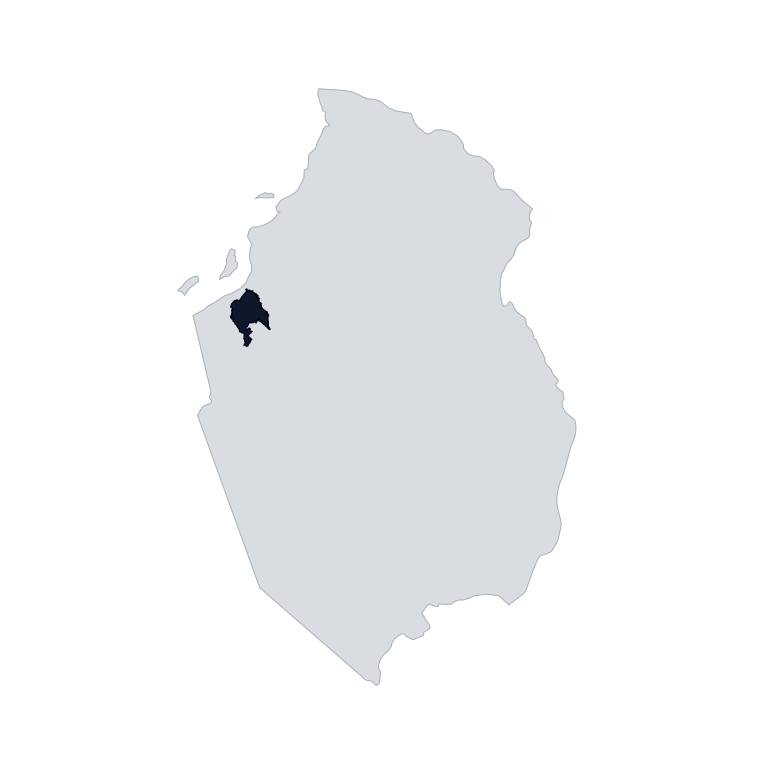 location of Handeni, Tanga, United Republic of Tanzania, rotated 221°
{"feature_id": "72390352B54290670955979", "entity_name": "Handeni", "entity_type": "district", "adm_level": 2, "iso_a3": "TZA", "parent_name": "United Republic of Tanzania", "parent_adm1": "Tanga", "projection": "mercator", "projection_center": [38.284, -5.494], "detail": "fine", "context": "in_parent", "style": "filled", "palette": "ink", "viewbox_px": 768, "rotation_deg": 221, "n_neighbors": 0, "source": "geoboundaries", "source_scale": "gbopen_adm2", "svg_char_len": 8840}
<svg xmlns="http://www.w3.org/2000/svg" viewBox="0 0 768 768"><g transform="rotate(221 384 384)"><path d="M297.9,517.2L290.8,513.4L284.3,511.1L279.0,508.6L276.7,506.1L271.7,505.1L267.4,504.7L263.5,502.4L255.3,501.5L254.4,500.0L254.3,496.6L252.8,495.7L249.9,494.8L246.7,494.9L244.7,495.4L243.6,495.1L240.9,493.1L238.4,490.6L237.5,486.5L233.8,483.9L229.5,481.8L217.5,482.0L215.6,481.4L212.8,479.3L209.5,475.9L206.8,472.1L204.4,466.8L202.0,459.7L188.3,431.3L186.9,426.0L184.2,420.0L179.8,412.7L175.2,407.3L168.9,402.4L161.8,397.5L157.9,394.2L150.5,380.9L149.0,374.7L147.9,368.3L148.4,365.7L153.0,357.3L153.4,355.0L152.9,351.9L150.6,345.2L147.7,337.2L141.9,322.6L141.1,318.9L141.2,316.2L144.6,301.3L144.5,299.3L158.3,299.5L168.3,293.0L177.0,283.3L178.7,279.3L182.3,273.1L185.8,270.0L187.1,267.8L189.1,261.6L193.7,257.4L198.1,254.2L197.2,251.9L197.9,251.1L200.3,249.4L205.0,247.9L206.0,244.7L205.9,241.0L205.2,238.9L205.3,236.6L204.6,235.2L201.5,234.9L196.9,233.1L193.0,232.3L190.4,231.2L189.5,230.4L189.1,228.2L191.2,222.6L189.1,220.3L193.8,210.9L194.7,209.7L196.4,209.6L199.2,208.6L201.7,208.1L203.8,208.5L205.4,208.1L206.7,207.0L207.9,203.8L208.8,198.5L208.3,194.2L206.3,190.8L205.8,185.7L206.7,178.9L206.0,173.2L203.8,168.6L201.6,165.9L198.1,164.6L192.7,157.7L191.1,154.3L191.4,152.2L193.2,151.3L196.7,151.7L199.9,150.9L202.9,148.9L205.9,148.4L207.4,148.7L344.1,148.7L504.0,237.9L504.6,239.0L505.9,246.7L505.6,249.3L503.2,253.7L502.4,256.0L502.4,257.6L503.0,258.3L505.1,258.5L506.9,259.5L507.5,260.4L508.9,263.7L510.6,265.4L571.4,309.2L572.8,309.9L571.9,313.6L568.5,322.5L568.3,326.2L566.9,330.6L565.6,333.5L562.2,346.1L559.2,350.8L555.2,361.8L554.6,370.2L556.8,376.2L557.6,381.7L562.3,387.1L566.0,389.1L568.6,391.6L573.1,397.2L575.6,402.9L583.7,405.7L586.9,412.1L585.8,416.5L582.0,420.2L578.5,426.1L575.7,433.8L575.6,445.7L577.5,443.9L581.8,446.8L582.3,455.6L577.9,465.8L576.6,470.5L576.4,474.6L579.6,486.8L584.4,493.1L584.0,495.0L582.8,496.6L591.1,507.7L590.4,517.3L593.5,524.7L594.9,531.2L596.9,536.2L597.3,539.6L594.7,543.4L600.8,544.4L604.3,547.5L606.0,550.5L610.4,550.3L612.7,552.4L616.1,554.0L623.7,559.0L625.7,561.6L626.9,564.0L606.2,579.8L598.7,583.9L593.4,585.7L587.7,586.8L582.3,589.3L577.1,593.2L570.6,595.2L562.6,595.2L554.2,597.9L540.9,606.1L533.2,601.6L527.2,600.1L520.2,600.3L516.0,600.8L514.5,601.8L513.2,604.6L512.0,609.2L507.5,613.6L499.5,617.8L492.1,619.3L485.4,618.3L480.8,616.5L478.5,614.1L475.0,613.0L470.3,613.2L465.9,614.9L461.6,618.2L454.9,619.6L445.6,619.2L440.6,617.6L439.9,614.8L435.8,611.6L428.4,608.0L422.9,607.9L419.4,611.4L416.2,613.6L413.3,614.5L410.6,614.6L406.9,613.7L396.6,613.3L386.9,613.5L385.9,608.4L383.9,605.2L382.1,603.4L378.8,602.9L377.8,601.5L376.7,598.3L375.1,595.6L372.9,593.4L371.5,591.3L371.1,589.4L371.4,587.3L373.5,582.1L374.1,578.5L373.9,574.9L372.8,571.1L370.5,566.7L370.7,565.4L370.0,562.3L369.9,560.2L370.3,557.6L369.9,554.1L367.9,546.6L367.9,544.7L365.8,541.1L359.3,532.6L359.0,531.5L348.9,522.9L344.8,521.1L343.4,522.7L342.8,524.1L343.3,526.9L343.0,528.3L342.6,528.9L340.2,528.8L338.7,528.5L334.8,526.2L331.8,525.6L324.4,526.0L321.8,526.6L319.8,526.0L315.8,522.1L311.2,521.3L307.1,521.1L300.3,516.6L297.9,517.2ZM584.8,374.8L588.1,384.2L587.7,385.9L585.3,387.0L584.1,387.1L582.6,385.6L581.6,382.4L579.8,383.2L576.7,379.4L573.7,379.2L571.1,374.7L572.1,370.8L571.5,364.1L574.8,360.7L576.6,355.0L578.7,358.9L579.2,365.0L582.0,372.2L584.8,374.8ZM600.8,319.2L601.1,321.5L600.4,323.5L600.6,330.1L600.3,334.5L597.8,340.6L595.8,342.8L594.0,342.2L592.5,341.2L591.3,339.5L593.7,328.3L592.5,320.2L597.2,320.9L600.8,319.2ZM594.1,454.1L591.8,454.6L590.9,454.1L589.4,452.2L591.9,450.7L594.4,447.6L600.0,443.2L602.7,439.6L602.3,443.1L599.1,450.7L596.3,451.2L594.1,454.1Z" fill="#d9dde1" stroke="#a8b0b8" stroke-width="1"/><path d="M512.0,323.9L512.1,324.0L512.1,324.3L512.3,324.3L512.4,324.7L512.6,324.8L512.7,325.1L512.5,325.3L512.7,325.6L512.8,325.8L512.7,326.1L512.7,326.4L512.6,326.7L512.6,327.1L512.6,327.5L512.4,327.6L512.5,327.8L512.7,328.2L512.9,328.3L513.0,328.4L512.8,328.7L512.9,329.0L513.0,329.2L513.5,329.6L513.3,329.8L513.5,330.3L513.4,330.5L513.3,330.8L513.6,330.9L514.6,330.8L516.1,330.9L518.4,330.8L518.5,331.4L518.3,334.7L518.3,335.8L518.3,336.8L519.1,336.3L519.4,336.3L519.9,336.1L520.1,336.3L520.3,336.9L520.8,337.6L521.3,338.0L521.8,337.9L522.3,337.7L522.6,337.2L522.8,336.5L522.9,334.8L523.0,334.9L523.1,334.7L523.3,334.5L523.3,334.4L524.4,335.1L525.3,336.0L525.9,336.4L524.8,337.7L525.2,338.2L525.2,338.6L525.4,339.2L525.8,340.7L526.0,340.8L525.6,342.6L525.0,343.8L524.8,343.0L524.3,343.3L523.2,344.5L523.1,345.1L523.0,346.2L522.4,346.0L522.0,346.0L520.8,346.2L520.9,346.7L521.3,348.1L521.3,350.0L521.1,351.0L520.6,350.4L519.6,349.7L519.4,349.8L518.7,350.1L517.1,350.4L515.4,350.2L512.8,350.3L510.6,350.2L509.5,350.3L508.0,350.0L507.4,350.0L506.2,350.0L506.0,350.6L506.5,350.9L508.2,351.3L509.6,352.0L511.9,354.7L512.7,355.4L513.2,355.7L513.6,356.2L514.1,356.3L515.2,357.8L515.8,359.0L516.3,360.3L516.6,360.3L516.8,360.2L517.1,360.3L517.2,360.5L517.4,360.6L517.8,360.6L518.2,360.5L518.4,360.7L519.0,361.0L519.2,361.3L519.4,361.6L519.6,361.6L519.8,361.0L520.1,361.0L520.5,361.2L520.8,361.0L521.3,361.0L521.7,361.1L521.9,361.0L522.0,361.2L522.3,360.8L522.7,360.5L522.8,360.5L523.0,360.8L523.2,360.6L523.3,360.6L523.5,360.9L523.7,361.0L523.8,361.0L524.0,360.9L524.3,360.9L524.5,361.1L524.9,361.1L525.1,361.1L525.4,361.3L525.5,361.1L525.4,360.9L525.6,360.8L525.8,360.8L526.1,360.8L526.3,361.0L526.6,360.8L526.7,361.1L526.9,361.0L527.0,361.1L526.8,361.4L527.0,361.5L527.1,361.3L527.3,361.6L527.6,361.4L527.8,361.6L528.2,361.7L528.4,361.9L528.3,362.1L528.6,362.1L528.2,362.3L528.1,362.5L528.3,362.6L528.4,362.3L528.5,362.3L528.9,362.6L529.0,362.5L529.0,362.8L529.3,362.9L529.3,363.0L529.5,363.4L529.3,363.4L529.6,363.6L529.6,363.8L529.9,363.6L530.0,363.6L529.9,363.8L530.0,363.9L530.2,364.0L530.3,364.1L530.5,363.9L530.8,364.0L531.0,364.1L531.5,364.0L531.6,363.9L531.4,363.8L531.6,363.7L531.8,363.8L531.7,363.9L531.8,363.9L532.0,364.1L532.0,364.3L532.1,364.1L532.3,364.0L532.3,363.9L532.5,364.0L532.7,364.4L532.9,364.6L533.0,364.5L533.0,364.3L533.4,364.3L533.5,364.4L533.5,364.5L533.6,364.8L533.9,364.9L533.9,365.0L534.2,365.1L534.2,365.3L533.9,365.6L534.3,365.8L534.4,366.0L534.5,366.0L534.4,366.5L534.9,366.4L535.1,366.6L535.4,366.4L535.7,366.5L535.9,366.7L536.0,366.4L536.2,366.5L536.4,366.6L536.5,366.6L536.5,366.8L536.8,366.7L536.7,366.6L536.6,366.4L536.8,366.4L536.8,366.2L537.0,366.4L537.1,366.2L537.3,366.4L537.2,366.6L537.3,366.7L537.5,366.6L537.5,367.0L537.6,366.9L537.6,367.0L537.7,367.3L537.6,367.5L537.7,367.4L537.8,367.5L538.0,367.4L537.9,367.7L538.1,367.6L538.1,367.8L538.3,367.8L539.0,367.5L539.7,368.0L540.0,368.0L540.0,367.7L540.3,367.5L540.3,367.3L540.5,367.1L540.8,367.1L541.0,367.3L541.3,367.3L541.6,367.4L541.8,367.5L542.1,367.5L542.6,367.4L543.2,367.0L543.5,367.3L543.8,367.2L543.9,367.5L543.7,367.5L544.0,367.9L544.2,367.6L544.5,367.6L544.7,367.4L544.7,367.1L545.3,366.9L545.5,366.6L545.5,366.4L545.8,366.3L545.8,366.2L546.0,366.2L546.0,366.3L545.9,366.5L546.0,366.5L546.4,366.4L546.7,366.6L547.0,366.5L547.1,366.3L547.5,366.1L547.6,365.9L547.5,365.7L548.1,365.2L548.7,365.0L549.5,365.5L549.8,365.5L550.0,365.4L550.1,365.0L550.0,364.9L550.0,364.6L549.4,364.5L548.8,364.3L548.6,363.9L548.5,363.2L548.3,362.7L548.3,362.4L548.4,362.0L548.3,361.8L548.3,361.7L548.5,361.1L548.3,359.6L548.4,359.2L548.3,358.9L548.4,358.6L548.2,357.6L548.5,356.8L548.4,356.6L548.1,356.5L548.0,356.3L548.1,356.1L547.9,353.5L547.5,351.2L549.5,351.3L550.3,350.5L551.1,349.2L551.4,348.4L551.5,347.1L551.3,345.6L551.4,345.0L551.4,344.2L551.0,343.4L550.2,341.9L550.1,342.0L549.9,341.9L549.9,342.0L549.6,341.9L547.8,341.8L547.8,341.5L547.6,341.5L547.5,341.3L547.4,340.9L547.4,340.7L547.2,340.4L547.2,339.9L547.2,339.6L546.2,339.1L544.6,337.0L544.7,336.6L543.8,336.3L543.9,336.2L544.2,335.9L544.3,335.7L544.1,335.0L543.9,334.9L544.0,334.6L543.8,334.2L543.6,334.1L543.5,333.9L543.2,333.9L542.9,334.0L542.8,333.9L542.6,333.9L542.4,333.6L542.1,333.5L541.7,333.6L541.0,333.9L540.9,334.0L540.7,334.1L540.7,333.9L540.5,334.1L540.4,334.1L540.1,333.9L540.2,333.7L539.8,333.5L539.4,332.8L539.1,332.5L537.8,332.7L536.7,332.7L536.0,331.7L535.0,331.9L534.7,331.9L530.9,330.8L529.9,330.6L529.2,330.4L528.0,329.7L527.4,329.3L527.4,329.1L527.5,329.0L527.4,328.9L527.0,329.0L525.9,329.5L524.6,329.7L523.8,330.0L522.5,330.3L521.9,329.7L520.5,327.9L519.9,327.3L519.6,326.9L519.4,326.3L518.7,326.2L517.6,325.7L517.4,325.3L516.7,324.7L516.2,324.5L515.4,324.1L515.4,323.3L515.2,322.9L515.3,322.6L515.3,322.2L515.2,322.0L515.1,322.3L514.9,322.3L514.6,322.4L514.6,322.2L513.8,322.3L513.5,322.4L513.5,322.5L513.2,322.5L513.1,322.4L512.8,322.4L512.8,322.6L512.6,322.6L512.7,322.8L512.5,322.7L512.4,323.0L512.2,323.1L512.1,323.4L511.9,323.6L512.0,323.9Z" fill="#0f172a" stroke="#020617" stroke-width="1.5"/></g></svg>